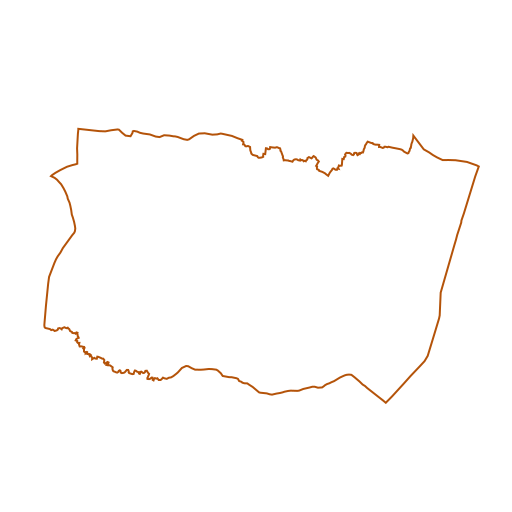 the district of Bati, Takêv, Cambodia, rotated 186°
{"feature_id": "14789045B57652846304947", "entity_name": "Bati", "entity_type": "district", "adm_level": 2, "iso_a3": "KHM", "parent_name": "Cambodia", "parent_adm1": "Takêv", "projection": "mercator", "projection_center": [104.831, 11.274], "detail": "fine", "context": "isolated", "style": "outline", "palette": "amber", "viewbox_px": 512, "rotation_deg": 186, "n_neighbors": 0, "source": "geoboundaries", "source_scale": "gbopen_adm2", "svg_char_len": 6140}
<svg xmlns="http://www.w3.org/2000/svg" viewBox="0 0 512 512"><g transform="rotate(186 256 256)"><path d="M43.8,368.3L46.0,369.2L56.0,371.6L67.5,372.1L74.4,371.6L80.4,370.9L86.3,373.0L90.6,374.9L94.6,377.1L100.3,379.6L112.1,392.2L112.0,389.6L112.5,385.9L112.9,384.7L113.2,383.1L113.2,381.9L113.4,380.7L113.3,379.8L114.0,379.1L114.2,377.5L114.4,376.3L114.9,375.5L115.2,374.2L116.1,373.8L119.6,375.2L121.1,376.4L122.3,377.0L123.9,377.3L128.1,377.7L131.8,378.0L135.7,378.5L136.5,377.9L138.6,378.2L139.7,378.1L140.2,377.2L141.2,376.7L144.1,377.5L145.0,377.3L145.1,378.3L145.1,379.4L146.7,379.4L148.7,379.2L151.1,379.6L151.8,380.5L153.0,380.4L156.9,381.4L157.9,379.6L158.3,378.5L158.9,377.7L159.2,376.6L159.2,375.5L159.4,374.6L159.9,373.5L160.2,371.0L160.5,370.1L161.4,370.2L162.1,369.4L163.3,369.4L163.4,368.4L164.4,368.7L164.6,367.6L165.6,366.9L166.1,367.6L166.8,369.0L168.4,369.0L169.2,368.5L169.2,367.3L169.9,366.5L171.5,366.8L172.2,367.5L173.1,367.9L173.9,368.3L175.4,368.0L176.8,368.1L177.5,367.3L178.0,366.2L177.5,365.4L177.6,364.2L178.7,363.6L178.9,361.5L180.3,361.6L180.1,355.7L180.3,354.8L181.3,354.7L182.1,354.4L183.0,354.7L183.6,352.4L183.0,351.4L184.2,351.6L184.5,350.2L186.0,350.1L187.0,350.7L188.2,351.2L189.0,350.8L189.5,349.4L190.7,347.6L191.3,346.6L192.6,343.3L195.3,344.9L196.1,345.5L198.9,346.6L202.1,347.3L202.6,348.2L204.3,348.7L204.7,350.0L204.6,351.4L205.6,351.9L205.1,352.9L204.4,354.7L203.4,356.5L204.3,357.5L205.2,357.8L206.0,358.4L206.5,359.5L207.1,360.3L209.1,361.4L209.9,360.6L210.3,359.7L211.0,358.9L213.7,359.9L215.1,358.7L215.0,357.8L215.4,356.9L216.2,356.3L216.4,355.4L217.7,355.7L218.5,355.2L219.2,356.0L220.2,356.3L221.0,356.0L222.0,356.6L222.2,355.5L224.1,355.7L225.3,356.3L226.3,356.4L227.5,356.1L228.4,355.6L229.1,354.7L229.6,353.6L232.0,354.0L233.0,354.0L234.0,354.4L235.0,354.3L237.2,354.3L238.4,354.0L238.7,355.1L239.6,356.8L239.6,358.0L240.1,358.8L242.0,362.7L242.7,363.2L242.9,364.7L243.5,365.7L244.4,365.7L245.7,366.2L246.6,366.4L248.4,365.7L251.5,365.7L253.3,365.8L253.4,364.0L254.2,363.5L255.3,363.5L256.3,364.2L257.4,364.2L257.5,358.3L259.3,358.4L259.4,356.5L259.2,355.4L260.6,354.6L261.5,354.4L262.4,354.1L263.8,354.0L264.6,354.6L265.2,355.5L269.8,356.2L271.4,357.4L271.6,358.3L272.7,360.5L273.3,363.8L275.2,364.5L276.1,364.4L277.2,364.0L278.1,364.1L278.7,365.0L279.5,365.7L280.5,365.7L280.3,367.3L280.5,368.3L282.1,369.2L281.8,370.1L286.6,371.2L292.5,372.9L302.2,374.0L303.9,374.1L307.3,372.9L312.1,372.1L319.8,372.7L325.6,371.8L330.2,369.0L334.8,365.0L336.5,364.3L340.2,364.6L346.3,366.2L349.0,366.5L350.6,366.4L354.7,366.7L360.0,366.5L364.3,364.2L368.2,364.3L374.3,365.8L381.0,366.0L384.3,366.4L387.1,367.3L390.5,367.6L391.6,367.1L391.7,365.5L393.3,362.0L398.3,362.1L402.1,364.6L405.5,367.3L406.9,367.4L413.3,365.9L418.9,364.2L425.0,363.8L446.0,363.9L445.9,363.0L445.9,359.0L445.7,354.5L445.2,344.4L444.3,338.1L443.8,332.8L443.4,329.1L444.8,328.4L448.2,327.2L453.3,325.0L459.6,321.0L464.1,317.8L467.3,315.1L468.2,314.0L464.5,312.7L461.9,311.1L459.5,308.9L457.3,307.0L454.5,303.3L452.4,300.1L449.9,295.6L449.2,293.3L447.0,289.5L445.9,286.5L444.6,282.4L443.5,277.9L442.2,275.2L440.5,271.0L439.2,266.9L438.6,264.4L438.7,261.7L439.2,260.1L441.0,257.4L448.9,243.7L450.9,238.9L453.2,234.9L454.5,231.9L455.7,228.2L459.6,213.6L459.8,206.9L459.7,184.7L459.3,165.2L458.9,163.3L458.0,162.4L453.3,161.8L451.9,160.9L450.5,161.5L449.3,161.0L448.5,160.4L447.6,160.7L446.4,161.2L445.4,162.1L445.2,163.3L443.8,163.8L442.5,163.4L441.6,162.8L441.3,163.8L440.4,164.4L439.1,165.1L437.8,164.6L436.4,164.4L435.7,165.0L435.0,164.3L434.1,163.8L433.0,161.9L431.1,161.2L430.6,160.3L429.2,160.2L428.2,160.4L427.3,159.9L426.6,161.2L425.5,161.0L425.6,159.8L425.1,158.8L425.0,157.8L424.3,157.0L423.8,156.1L424.9,155.5L426.0,154.6L426.5,153.2L424.9,152.8L424.8,151.5L424.0,150.9L422.6,151.1L422.8,149.6L421.9,147.6L419.9,147.9L418.8,147.6L417.4,147.6L416.9,146.8L418.0,145.9L417.3,145.3L417.1,143.1L416.3,142.4L415.2,142.7L415.2,141.3L413.8,142.4L413.5,140.9L411.2,141.1L410.2,140.4L411.2,139.8L410.7,138.9L410.0,139.5L408.9,138.5L408.3,137.7L408.2,136.2L406.2,137.8L405.1,137.2L403.6,137.2L403.3,139.3L402.2,139.2L399.6,138.4L398.2,137.8L397.2,137.9L396.0,136.7L396.0,135.2L396.1,134.2L395.0,133.2L392.6,135.1L391.5,134.7L391.8,133.5L392.9,132.9L393.3,132.0L391.7,131.8L390.6,132.0L389.6,131.9L386.9,130.3L387.0,128.8L386.3,127.0L385.5,126.4L384.5,126.2L382.7,125.6L381.7,125.6L380.8,126.4L380.5,127.4L379.5,128.1L378.7,127.5L378.3,125.9L377.2,125.5L375.3,126.0L374.4,126.6L373.4,128.0L372.6,129.2L371.2,129.3L370.5,128.0L370.5,127.0L369.9,126.3L366.7,125.6L365.4,125.9L365.1,127.6L364.8,128.7L364.4,129.5L363.2,129.2L362.2,128.5L360.7,128.2L360.1,126.9L359.2,126.6L358.9,127.5L358.9,128.7L357.9,129.0L356.0,127.8L355.0,128.1L354.3,128.9L354.0,130.2L352.6,130.5L351.9,129.5L350.9,128.3L350.0,127.6L350.2,126.6L350.6,125.6L350.8,124.5L351.3,123.3L351.1,122.4L349.4,122.4L348.5,122.8L347.1,124.2L346.2,124.2L345.9,123.3L345.8,122.0L344.9,121.6L344.5,123.4L343.8,124.0L342.4,123.6L341.3,124.1L339.8,122.5L337.9,122.7L336.8,123.9L335.8,125.3L334.4,124.8L331.9,124.5L330.0,125.8L327.8,126.4L325.7,127.9L322.8,130.7L321.5,132.1L318.0,136.9L314.0,139.3L311.9,139.3L308.2,137.7L304.7,136.6L299.1,137.1L296.2,137.6L291.1,138.7L287.9,138.9L283.6,138.8L282.0,138.1L278.7,135.7L276.6,133.2L270.1,132.7L267.5,132.9L262.6,132.4L261.1,131.9L259.7,129.9L257.2,129.3L256.4,128.6L254.2,128.2L251.3,128.4L249.8,127.5L245.6,125.4L238.7,120.7L237.5,120.5L230.9,120.5L227.9,119.9L225.6,119.8L221.3,121.3L217.7,122.3L215.2,123.2L213.5,124.0L210.1,125.1L207.5,125.7L200.8,126.2L199.1,126.6L195.1,128.7L189.0,130.8L186.2,131.9L183.9,132.1L180.6,131.5L176.5,132.2L174.7,133.8L174.0,134.6L172.1,136.0L169.7,137.1L167.9,138.3L165.3,139.7L159.8,143.9L157.3,145.4L155.2,146.6L153.5,147.3L151.1,147.8L148.7,147.8L145.3,145.7L139.9,142.0L136.5,139.3L134.0,138.1L131.6,136.3L114.1,125.3L111.6,123.6L106.0,130.6L96.1,144.0L89.6,153.0L81.6,163.4L77.4,169.0L74.8,174.6L70.1,198.9L67.4,213.1L67.1,216.1L68.5,238.9L59.8,287.9L58.8,293.2L58.1,298.0L55.4,310.6L55.4,312.8L53.7,320.1L46.3,358.0L43.8,368.3Z" fill="none" stroke="#b45309" stroke-width="2"/></g></svg>